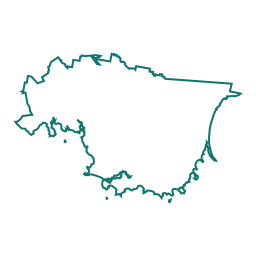 Sorell, Tasmania, Australia
{"feature_id": "25037944B32706868282963", "entity_name": "Sorell", "entity_type": "district", "adm_level": 2, "iso_a3": "AUS", "parent_name": "Australia", "parent_adm1": "Tasmania", "projection": "equal_earth", "projection_center": [147.667, -42.792], "detail": "fine", "context": "isolated", "style": "outline", "palette": "teal", "viewbox_px": 256, "rotation_deg": 0, "n_neighbors": 0, "source": "geoboundaries", "source_scale": "gbopen_adm2", "svg_char_len": 5814}
<svg xmlns="http://www.w3.org/2000/svg" viewBox="0 0 256 256"><path d="M22.6,116.0L20.3,119.4L17.2,121.7L15.4,121.8L17.1,124.1L21.6,128.4L25.4,128.8L26.1,130.5L28.0,131.4L28.5,132.7L31.3,134.9L31.8,134.4L33.7,133.7L33.3,131.7L34.0,130.7L36.9,129.4L38.7,127.5L38.9,126.5L40.4,124.8L41.9,124.2L42.9,122.7L43.3,122.7L45.6,123.1L47.0,124.2L46.4,126.0L48.4,127.8L48.6,128.8L48.2,129.8L49.2,131.1L49.5,133.2L49.0,134.1L50.5,135.6L50.2,136.1L51.6,135.7L53.7,136.3L54.2,135.3L55.3,134.9L55.8,133.8L54.8,133.0L54.6,131.9L55.0,131.4L53.5,128.8L51.5,127.7L52.0,124.7L50.8,123.2L51.6,121.6L52.5,122.4L52.5,121.7L53.6,122.1L53.4,120.2L53.1,119.8L52.4,120.0L53.3,119.4L53.2,118.1L53.6,117.9L54.5,121.1L55.0,120.7L54.4,122.3L55.2,123.7L55.9,124.0L58.1,123.2L60.7,124.1L61.4,126.0L61.4,129.0L62.4,129.7L62.8,130.6L64.2,130.8L65.0,131.4L65.9,131.3L66.0,129.6L66.6,129.0L66.3,128.6L67.8,128.8L68.4,128.4L67.2,126.3L67.3,126.1L67.8,126.0L67.2,126.3L68.8,128.5L68.5,129.3L67.5,129.0L67.6,129.6L72.8,130.4L75.3,132.2L77.6,132.3L80.1,133.7L78.2,131.6L80.2,131.1L81.1,129.7L80.7,129.9L81.2,129.2L80.2,128.6L79.7,127.0L80.5,126.5L80.4,125.3L81.6,123.6L81.1,122.3L79.4,122.4L78.6,121.0L77.0,119.8L78.7,120.8L79.7,122.1L81.1,121.9L81.9,123.1L82.4,126.6L84.2,127.6L84.2,128.8L82.7,130.7L85.4,131.9L83.2,131.3L84.3,133.0L84.4,135.0L83.3,136.3L81.3,137.3L82.0,137.7L82.3,141.2L83.8,144.0L84.8,146.8L87.0,146.4L87.5,146.9L86.3,149.0L86.8,150.7L86.4,151.6L88.8,154.4L91.5,155.6L93.7,158.9L93.9,162.2L93.5,163.8L91.4,164.3L91.0,166.1L89.7,167.6L87.2,166.9L87.3,168.2L89.1,170.3L89.1,171.6L88.5,173.1L87.1,173.5L86.6,175.1L88.6,175.1L90.2,174.2L94.7,175.2L100.8,177.4L104.4,179.7L105.7,179.3L108.6,180.9L108.6,180.3L107.1,179.5L107.2,179.0L108.1,179.3L108.5,178.6L110.0,179.3L111.2,178.6L112.0,177.6L112.7,177.8L113.7,177.1L114.3,175.5L116.1,175.8L116.7,175.2L118.4,174.8L120.1,173.0L120.4,171.7L120.3,172.5L120.5,172.6L123.0,171.1L124.3,171.9L125.7,171.7L126.3,172.7L126.1,174.1L128.7,175.4L128.5,176.4L128.9,177.1L130.8,176.5L130.2,177.6L128.9,177.9L128.0,177.4L127.6,176.6L127.8,175.4L125.8,174.3L125.4,172.4L123.0,172.1L121.5,172.6L121.3,173.1L121.6,174.1L120.8,175.6L121.3,176.2L121.1,177.2L120.1,177.4L119.8,178.3L116.9,177.7L115.3,178.7L113.6,178.1L112.2,179.2L110.0,182.8L109.0,182.6L105.9,180.3L103.4,180.2L102.5,181.4L102.1,184.0L102.7,186.7L103.5,187.9L105.0,188.0L105.8,189.3L106.8,189.6L107.6,188.8L107.9,187.3L109.0,187.1L108.7,186.2L109.2,185.5L111.5,185.6L115.4,188.4L116.6,189.9L116.0,191.6L116.4,193.4L115.8,194.8L119.5,194.1L121.1,196.0L121.1,193.8L122.3,192.7L124.8,191.7L125.1,190.9L124.6,190.0L125.5,189.0L128.0,188.4L129.8,189.2L130.6,190.1L132.3,190.4L133.6,189.0L135.5,189.2L136.9,188.4L138.3,185.9L140.6,185.6L142.1,186.6L144.1,189.2L143.2,190.6L143.8,191.2L143.5,193.1L145.0,192.5L145.5,191.6L146.6,191.6L147.1,190.6L150.1,190.7L153.4,191.8L154.3,192.6L154.2,194.2L154.5,194.4L156.9,194.0L157.8,194.6L158.9,194.7L161.5,197.9L161.6,196.9L163.1,195.8L162.6,194.0L163.3,193.3L164.5,193.0L166.2,193.5L166.4,194.5L166.9,194.7L168.3,193.5L172.3,195.7L173.3,194.4L172.3,190.9L172.9,189.3L174.5,188.7L177.9,189.6L180.1,187.8L183.7,186.8L183.7,185.0L184.2,184.6L185.0,185.0L185.2,183.9L186.1,182.8L187.1,182.7L187.2,182.0L189.5,181.8L188.9,179.5L189.9,178.7L189.9,177.6L190.4,176.8L190.2,174.4L191.9,173.0L193.2,172.8L194.6,174.2L195.3,176.7L195.0,178.0L194.3,178.3L195.2,178.8L195.2,179.4L196.7,179.4L197.7,178.1L197.5,177.3L198.0,176.5L193.5,172.4L193.2,170.0L193.9,169.0L194.6,168.8L196.2,168.7L196.5,169.5L196.9,169.4L195.6,166.4L195.4,164.9L196.0,162.9L197.4,160.8L199.7,159.7L202.4,161.4L202.7,162.9L202.6,161.8L203.3,161.3L201.6,159.1L201.7,156.1L202.8,154.2L203.7,154.0L203.1,153.2L203.1,152.3L204.0,150.4L205.3,149.5L205.1,148.6L205.8,146.4L205.7,145.3L206.0,144.8L206.2,145.4L206.5,145.2L206.6,143.2L207.0,142.6L206.9,141.9L207.2,142.2L207.0,143.0L206.7,143.2L206.7,145.2L207.3,146.9L208.5,148.0L208.2,149.1L208.3,150.8L208.8,153.0L209.7,154.4L209.7,155.4L214.2,160.4L216.0,160.7L215.0,159.1L213.3,157.6L212.1,155.2L211.0,152.1L209.2,144.4L209.0,137.7L209.7,129.4L210.9,123.4L213.7,114.7L215.3,110.9L216.2,109.8L216.1,109.3L216.7,109.5L216.9,108.3L217.6,106.9L218.7,106.7L219.6,105.7L220.1,104.7L219.7,104.4L220.0,103.6L221.6,102.0L221.8,100.9L223.5,98.9L224.9,98.3L225.3,99.1L225.8,99.0L225.5,98.7L227.0,97.8L227.0,96.7L227.7,97.0L227.9,96.3L236.1,96.0L239.0,94.9L240.6,93.6L229.9,91.4L231.7,83.7L165.3,78.8L164.3,78.1L164.5,76.9L162.0,76.4L162.4,74.5L160.0,74.1L159.7,75.4L155.4,74.5L155.2,75.9L154.0,75.7L154.3,74.4L152.7,74.1L153.1,71.9L151.6,71.6L151.5,72.1L149.5,71.5L150.0,68.7L136.2,66.2L135.4,69.8L133.9,68.3L131.8,68.6L129.9,68.2L129.1,68.8L125.2,65.3L125.1,63.8L124.3,62.1L123.2,62.1L123.0,61.7L121.3,62.0L120.4,61.3L120.4,58.1L119.0,57.6L119.1,56.6L116.5,56.2L116.7,54.9L114.1,55.2L114.2,53.9L112.5,54.3L111.7,53.9L110.2,61.5L96.0,59.0L96.4,60.9L99.5,64.5L97.1,64.1L91.8,57.0L93.6,56.9L94.2,57.7L96.0,58.3L98.1,56.9L99.4,57.1L100.7,55.9L95.9,55.1L85.2,56.1L81.6,55.5L81.4,56.6L80.3,56.6L79.6,60.8L73.3,59.9L72.1,67.2L67.8,66.4L67.5,68.1L65.5,66.2L65.4,64.5L61.4,62.4L61.4,60.5L60.8,60.1L60.4,60.4L58.2,57.3L51.1,62.0L49.3,66.6L48.4,66.9L48.7,67.4L48.3,68.0L49.1,70.2L48.1,71.6L48.3,73.0L42.0,77.3L43.9,81.0L37.5,83.3L31.4,76.6L27.9,76.0L26.8,82.7L24.9,82.4L23.3,90.7L21.7,91.5L23.2,92.1L22.8,93.1L24.9,92.5L25.6,92.9L27.4,103.7L29.5,107.0L30.0,110.9L32.2,114.8L22.6,116.0ZM185.2,191.0L184.1,190.3L182.4,187.6L180.4,187.9L178.2,189.7L178.9,190.4L178.9,191.0L180.4,192.1L181.2,193.5L183.1,193.0L184.0,193.4L185.2,191.0ZM168.9,201.7L169.4,202.1L170.1,201.7L170.7,199.6L169.3,200.1L168.9,201.7ZM64.8,139.8L64.8,142.0L65.7,141.7L64.8,139.8ZM84.1,174.2L84.8,174.7L84.9,173.2L84.1,173.7L84.1,174.2ZM107.3,198.6L107.1,197.9L106.7,197.8L106.8,198.8L107.3,198.6Z" fill="none" stroke="#0f766e" stroke-width="2"/></svg>